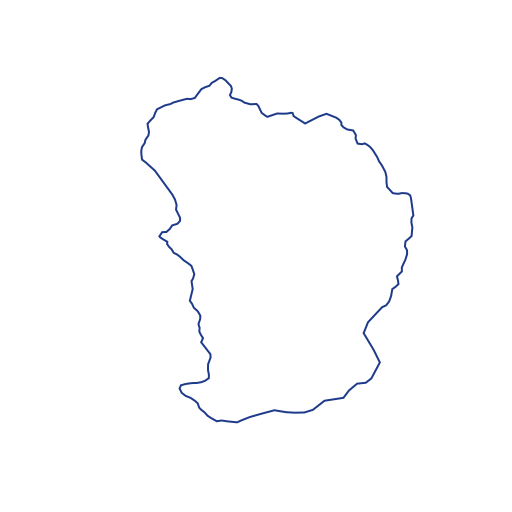 outline of Tambunan, Sabah, Malaysia, rotated 304°
{"feature_id": "92858781B2820786401574", "entity_name": "Tambunan", "entity_type": "district", "adm_level": 2, "iso_a3": "MYS", "parent_name": "Malaysia", "parent_adm1": "Sabah", "projection": "mercator", "projection_center": [116.421, 5.708], "detail": "fine", "context": "isolated", "style": "outline", "palette": "blue", "viewbox_px": 512, "rotation_deg": 304, "n_neighbors": 0, "source": "geoboundaries", "source_scale": "gbopen_adm2", "svg_char_len": 2645}
<svg xmlns="http://www.w3.org/2000/svg" viewBox="0 0 512 512"><g transform="rotate(304 256 256)"><path d="M377.6,363.8L389.1,353.5L391.1,351.6L392.5,349.9L392.5,346.8L391.3,344.3L389.7,341.7L387.4,339.5L385.7,336.7L384.6,334.1L386.6,326.0L390.2,322.9L394.7,319.8L398.1,316.1L401.5,309.7L403.4,304.9L405.7,301.3L409.0,293.9L410.2,289.7L410.4,286.1L410.2,283.3L407.9,281.3L406.0,277.4L409.0,272.9L412.1,271.2L414.4,266.4L411.9,260.8L411.6,256.6L412.4,253.5L414.4,252.1L415.5,248.7L415.5,245.0L413.3,234.9L406.8,230.1L393.3,222.6L393.0,210.2L393.0,209.1L395.0,206.3L394.4,205.1L391.6,202.3L388.8,198.4L386.0,193.9L378.7,188.3L377.8,187.7L377.6,186.0L377.8,180.7L379.8,177.3L381.8,173.9L382.3,171.4L378.7,166.6L376.7,160.7L376.7,157.3L375.9,154.0L374.8,151.2L373.6,147.2L374.8,144.4L378.1,143.9L381.2,142.4L382.9,140.2L383.7,136.5L384.6,132.6L384.6,128.7L383.5,126.4L378.1,124.2L374.8,122.5L371.1,122.2L367.4,119.4L363.8,117.4L358.2,117.1L352.8,116.9L349.5,114.1L347.8,111.0L345.0,108.4L337.1,101.7L334.0,100.0L330.1,96.4L325.6,93.8L322.2,91.9L318.3,92.4L313.8,93.5L309.5,92.7L305.0,92.1L302.5,94.4L298.9,98.0L295.8,99.4L290.4,99.4L287.3,100.6L282.6,100.6L279.2,102.0L278.1,102.7L276.1,104.2L272.2,107.6L271.9,112.4L270.2,124.5L260.1,152.3L257.5,157.3L253.9,161.6L249.7,163.8L245.2,171.7L242.6,173.4L238.7,172.8L234.5,169.4L230.3,169.4L225.8,168.3L223.3,164.9L218.5,164.9L218.2,164.9L217.9,166.1L217.9,170.0L218.2,174.5L216.2,175.6L215.1,178.4L214.3,182.4L212.6,186.0L213.1,189.7L212.9,193.3L212.0,198.4L212.0,203.7L211.7,207.9L209.5,211.0L206.4,215.0L202.2,216.4L199.1,216.6L193.2,222.0L181.9,226.2L180.5,229.9L178.3,233.5L177.7,238.3L176.6,240.8L175.2,243.4L172.4,245.0L167.3,246.4L164.8,249.5L161.7,251.2L160.0,254.0L158.3,258.0L153.8,258.8L152.7,262.2L149.1,273.1L146.5,275.1L139.5,276.8L134.7,279.9L131.3,283.3L128.3,285.2L124.0,283.5L120.9,281.3L117.6,277.9L115.3,274.6L113.1,272.0L110.5,269.2L106.9,266.1L103.5,266.7L101.0,270.9L100.7,276.0L101.8,281.0L101.8,286.4L101.3,290.0L98.5,293.7L97.9,296.5L97.6,300.7L96.5,305.2L96.5,308.8L97.1,315.9L100.4,319.5L103.0,324.9L107.5,333.3L112.0,336.1L119.0,340.9L127.7,348.2L138.4,357.5L143.4,368.4L147.6,375.5L153.3,383.6L160.3,389.2L174.3,393.7L187.3,407.8L196.6,408.3L206.7,411.2L212.3,417.9L219.0,420.1L237.0,418.2L244.1,405.8L252.2,388.4L263.7,385.9L284.2,389.2L287.9,391.5L292.7,391.8L298.3,390.4L304.8,387.5L308.4,388.9L312.4,389.8L315.2,387.3L318.0,384.2L321.9,385.0L324.7,385.6L328.1,383.3L332.6,382.5L336.5,381.9L342.1,380.2L345.2,378.0L347.2,374.1L351.7,371.8L356.8,373.2L359.6,373.8L367.2,369.6L370.5,366.2L374.2,363.9L377.6,363.8Z" fill="none" stroke="#1e3a8a" stroke-width="2"/></g></svg>